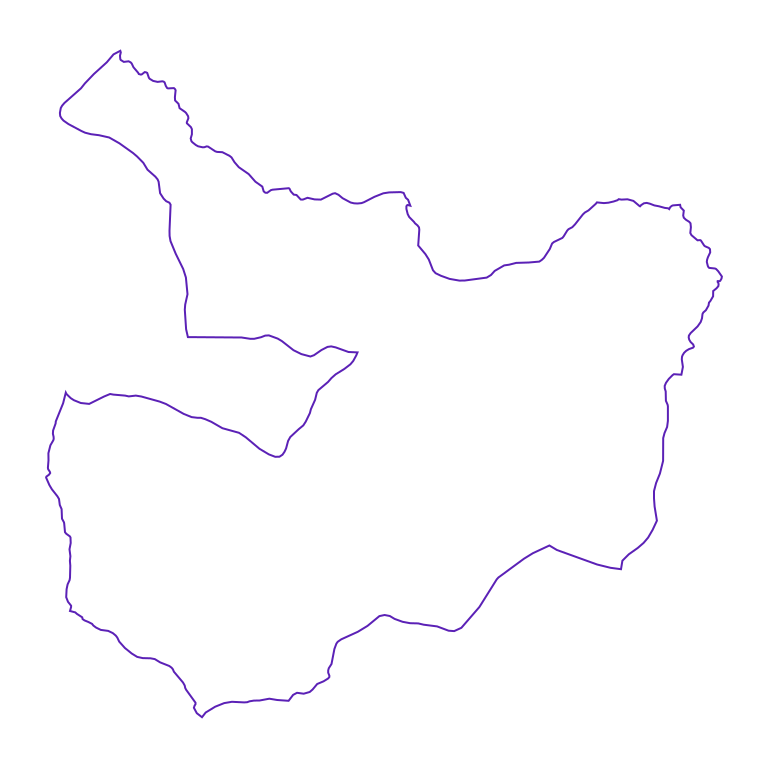 Belen, Nariño, Colombia
{"feature_id": "7082276B96726097904374", "entity_name": "Belen", "entity_type": "district", "adm_level": 2, "iso_a3": "COL", "parent_name": "Colombia", "parent_adm1": "Nariño", "projection": "albers", "projection_center": [-77.044, 1.595], "detail": "fine", "context": "isolated", "style": "outline", "palette": "violet", "viewbox_px": 768, "rotation_deg": 0, "n_neighbors": 0, "source": "geoboundaries", "source_scale": "gbopen_adm2", "svg_char_len": 6015}
<svg xmlns="http://www.w3.org/2000/svg" viewBox="0 0 768 768"><path d="M596.9,202.4L595.9,203.7L588.5,210.4L584.9,212.5L582.9,214.4L575.0,224.4L572.3,227.2L568.5,229.2L567.2,230.6L563.7,236.3L562.4,237.9L553.9,242.0L552.1,243.5L549.8,249.0L544.0,257.8L541.8,259.9L539.3,261.6L528.8,262.5L516.2,262.9L509.1,264.7L504.2,265.4L494.7,270.9L491.0,275.0L486.7,277.6L464.9,280.5L459.4,280.6L449.6,278.9L441.0,275.8L435.6,273.2L433.0,270.3L428.8,259.5L425.4,254.1L418.2,245.5L419.3,229.7L419.0,227.4L417.5,225.4L415.0,223.3L414.0,221.9L409.2,217.0L407.7,214.1L406.4,208.9L406.4,206.4L406.8,205.5L407.6,205.0L410.3,205.7L408.1,199.8L405.8,197.8L403.6,192.9L400.7,192.1L389.2,192.4L383.3,193.3L374.5,196.8L364.0,202.2L361.5,203.1L357.5,203.5L354.0,203.3L350.6,202.5L342.6,198.2L338.5,194.8L335.1,193.2L332.7,193.7L320.9,199.6L314.6,199.4L307.5,197.8L303.1,199.5L302.1,199.6L300.7,199.5L296.5,195.0L293.7,194.6L290.8,191.4L289.5,188.7L288.8,188.2L272.5,189.7L270.8,190.2L267.2,192.8L265.3,192.7L263.7,191.4L262.3,186.6L255.4,181.7L248.7,174.1L238.8,167.2L234.5,162.2L231.5,157.4L229.6,155.9L222.4,152.2L217.0,151.9L215.2,151.3L208.1,146.6L206.6,146.4L204.4,147.2L202.7,147.3L198.1,146.3L195.8,145.0L192.3,142.2L191.4,141.1L190.7,138.5L191.9,134.3L191.9,129.2L190.9,127.1L186.9,123.3L186.8,122.3L188.4,118.2L188.1,116.2L186.1,113.0L185.1,112.0L179.6,108.2L178.5,103.8L175.1,100.5L174.9,97.3L175.6,90.3L175.1,89.2L173.9,88.1L168.0,88.4L167.1,88.0L165.8,85.9L164.6,82.4L163.6,81.6L162.3,81.3L157.6,81.9L153.1,80.9L149.7,78.8L148.9,77.8L147.2,72.9L146.0,72.3L144.7,72.1L141.9,74.3L140.9,74.6L138.8,74.0L138.1,72.7L133.5,67.3L131.7,63.5L130.7,62.4L128.6,61.3L123.8,61.9L120.8,60.0L120.3,59.1L120.0,55.7L120.8,52.4L120.3,50.8L113.5,54.4L106.8,62.3L93.9,74.0L84.9,83.4L81.0,88.3L64.4,103.0L62.1,105.7L60.8,108.0L59.9,112.9L60.2,116.0L61.6,118.5L63.5,120.6L68.5,124.1L81.4,131.0L85.1,132.7L91.0,134.2L99.0,135.2L109.2,137.5L119.4,143.3L133.0,153.0L137.1,156.5L143.3,162.8L147.5,169.7L155.4,176.7L157.6,179.4L158.6,181.7L160.1,193.2L163.6,198.6L166.2,201.2L169.4,202.7L170.6,204.7L169.5,230.8L169.6,236.0L170.5,241.1L175.7,253.7L183.2,269.0L185.9,277.5L187.5,294.2L185.2,304.6L184.8,309.7L186.1,329.2L187.9,337.1L241.6,337.5L250.2,338.8L254.2,338.8L261.1,337.2L265.2,335.6L268.9,335.4L277.7,338.6L281.9,341.1L293.5,350.2L301.4,354.1L310.4,356.5L314.0,355.2L321.5,350.0L327.5,346.9L331.2,346.4L335.7,347.4L348.5,352.0L357.5,352.4L356.3,355.3L353.2,361.0L350.4,364.3L344.4,368.9L335.7,374.3L331.5,378.0L328.0,382.0L318.4,390.1L316.8,392.8L315.1,399.8L310.9,409.2L309.9,413.1L305.7,421.7L303.3,425.4L298.8,429.1L290.3,437.0L288.1,440.9L286.1,448.4L284.5,451.8L282.5,454.7L279.5,456.7L275.2,456.8L268.9,454.4L259.5,448.8L245.8,437.3L239.0,432.8L222.4,428.2L211.3,421.8L205.3,419.2L200.9,417.8L197.5,417.8L191.6,417.1L183.7,413.9L166.0,404.0L159.7,401.6L141.3,396.5L135.8,395.6L128.8,396.4L125.1,395.6L113.4,394.6L110.1,394.0L104.1,396.5L89.2,403.9L80.8,403.0L73.9,400.2L70.8,398.2L68.3,395.8L66.5,394.0L65.8,392.6L63.1,403.3L55.8,421.4L55.6,423.5L53.1,430.5L52.9,433.8L53.6,436.8L53.7,438.9L53.3,440.3L50.4,445.3L48.4,453.2L48.5,460.3L47.9,467.9L48.2,469.3L49.8,471.7L50.2,473.0L49.0,474.7L46.4,476.6L46.1,477.6L49.4,485.1L51.9,489.3L57.4,496.3L59.0,499.0L59.8,505.0L61.6,509.1L62.0,518.7L64.0,522.4L64.2,523.6L65.0,532.2L66.2,533.7L69.9,536.4L70.5,537.5L70.7,543.0L69.5,549.3L70.4,556.2L69.9,560.8L70.3,565.7L70.0,577.7L69.6,580.1L67.6,584.4L66.6,589.2L66.2,597.2L68.0,601.8L71.1,605.7L71.1,607.0L70.0,611.0L75.3,612.4L76.8,613.8L82.2,617.3L82.6,619.1L84.5,620.4L88.4,622.0L92.1,623.9L93.3,625.5L96.1,627.6L100.8,629.9L108.2,630.9L112.8,633.1L115.8,635.6L117.3,637.6L119.2,641.6L124.9,648.0L131.7,653.5L137.2,656.9L142.7,658.1L150.5,658.3L154.8,659.1L160.2,662.4L169.3,666.0L171.6,667.7L172.9,669.3L173.9,671.7L183.0,682.5L184.7,685.5L185.2,687.9L186.1,689.7L195.5,702.7L195.5,704.2L194.6,705.6L193.9,707.8L196.8,713.2L202.0,717.2L205.7,712.5L215.2,706.7L224.2,703.1L231.9,701.8L244.2,702.4L247.2,702.2L249.6,701.3L253.9,700.6L259.6,700.5L269.3,698.7L277.2,700.0L288.6,700.8L293.1,694.9L297.0,692.8L303.7,693.7L309.7,692.0L312.6,689.5L317.2,684.0L323.6,681.3L328.1,678.5L329.3,677.1L329.4,675.8L328.2,672.7L328.2,670.4L328.8,668.2L331.5,664.0L334.4,649.0L336.4,643.6L337.7,641.8L341.3,639.3L357.8,631.8L367.5,625.9L379.4,616.1L384.6,615.0L389.8,616.0L394.6,618.9L402.6,621.8L410.1,623.2L418.2,623.4L423.7,624.7L437.1,626.4L448.6,630.7L454.2,631.1L461.4,627.8L479.4,607.0L496.7,579.4L498.4,577.5L524.0,558.7L532.9,553.2L549.4,545.5L556.9,550.0L597.1,564.5L610.5,567.8L621.0,569.2L622.4,560.7L628.8,554.3L637.7,548.0L643.6,542.9L648.1,537.6L652.6,529.9L656.9,520.7L654.6,506.5L654.0,498.3L654.0,491.1L656.1,483.0L659.9,473.6L662.7,462.5L663.1,460.8L663.2,438.1L664.5,433.1L667.1,427.0L667.9,420.9L667.9,406.3L667.6,404.7L665.9,400.8L665.7,391.4L664.8,388.5L664.7,385.9L666.0,382.8L668.8,378.9L672.6,375.1L673.9,374.2L681.4,374.7L682.9,366.9L681.8,359.4L682.0,356.8L682.6,355.2L684.1,352.8L686.2,350.8L689.0,349.1L693.0,347.7L693.9,346.6L693.2,344.5L690.6,342.0L689.2,339.6L688.7,337.5L688.9,335.6L690.6,333.1L697.6,326.4L700.7,322.0L702.0,318.3L702.5,314.0L703.3,312.5L705.9,310.2L706.8,308.6L708.5,305.6L709.0,302.6L710.3,301.1L713.1,296.3L713.2,291.0L716.5,288.3L718.3,286.2L718.6,284.3L718.4,283.2L717.6,281.9L717.7,281.1L719.8,281.1L720.3,280.7L721.5,278.6L721.9,276.5L718.2,271.2L716.1,269.0L715.0,268.5L709.2,267.9L708.4,267.1L707.8,265.9L706.8,261.9L707.1,259.7L707.9,257.3L710.2,252.4L710.0,249.2L708.8,247.9L705.1,246.3L704.2,245.6L700.9,240.5L700.1,240.1L697.5,240.3L691.5,235.2L690.3,233.0L690.9,227.2L690.5,223.3L689.2,221.8L686.0,219.8L683.8,217.7L683.2,215.5L683.8,210.6L680.6,207.3L680.1,204.8L672.9,205.4L671.7,205.9L670.2,207.2L669.2,209.1L668.2,208.3L664.8,207.9L659.0,206.3L654.3,205.4L649.9,203.7L646.7,202.9L643.9,203.3L641.0,205.2L640.2,206.3L639.7,206.2L633.4,200.9L627.5,199.3L621.6,199.6L618.7,199.2L617.5,200.2L613.6,201.5L608.4,202.7L603.9,203.1L596.9,202.4Z" fill="none" stroke="#5b21b6" stroke-width="2"/></svg>